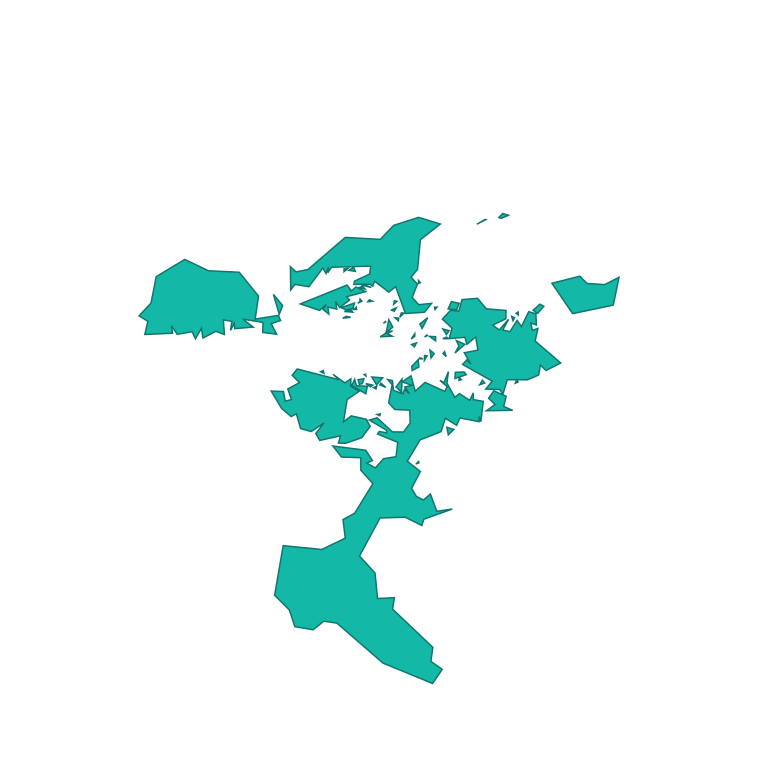 outline of Bocas del Toro, Bocas del Toro, Panama, rotated 313°
{"feature_id": "35544464B73365109430870", "entity_name": "Bocas del Toro", "entity_type": "district", "adm_level": 2, "iso_a3": "PAN", "parent_name": "Panama", "parent_adm1": "Bocas del Toro", "projection": "orthographic", "projection_center": [-82.201, 9.231], "detail": "fine", "context": "isolated", "style": "filled", "palette": "teal", "viewbox_px": 768, "rotation_deg": 313, "n_neighbors": 0, "source": "geoboundaries", "source_scale": "gbopen_adm2", "svg_char_len": 6220}
<svg xmlns="http://www.w3.org/2000/svg" viewBox="0 0 768 768"><g transform="rotate(313 384 384)"><path d="M305.1,425.9L303.6,443.8L269.5,450.7L256.9,446.5L244.8,460.8L220.5,451.3L197.0,420.5L154.9,448.1L154.2,468.9L145.7,484.4L156.0,499.8L169.5,501.7L177.0,512.7L179.2,573.7L198.1,623.8L215.0,621.2L213.1,607.5L224.7,599.3L225.2,543.8L234.8,537.3L222.7,525.6L239.6,506.4L241.5,483.4L283.3,472.5L301.0,490.3L306.3,508.1L312.4,505.4L339.1,519.2L326.9,509.4L335.2,493.0L326.0,491.9L323.9,484.3L326.5,475.3L344.8,470.3L343.4,453.7L367.7,448.5L388.0,458.2L400.8,452.3L403.3,465.3L410.9,462.7L421.3,479.2L425.1,475.9L422.5,480.5L439.0,468.4L433.5,460.0L438.4,455.4L430.5,457.8L428.4,445.7L422.5,445.0L427.6,429.4L437.0,422.7L426.0,426.9L424.8,422.4L425.1,431.9L420.1,433.7L413.2,413.0L400.1,411.7L408.4,398.2L397.9,395.8L402.0,405.2L396.0,401.3L394.2,409.3L394.1,402.7L389.7,404.6L385.8,395.3L392.3,387.8L389.8,383.7L389.0,390.5L373.4,400.2L372.7,409.3L382.4,420.7L373.3,429.8L362.2,431.0L354.7,422.8L354.6,402.0L347.7,398.0L351.9,417.5L350.2,419.3L346.0,412.9L343.0,413.4L350.7,433.8L339.1,442.4L329.0,434.6L316.7,434.9L314.4,425.3L320.1,427.8L323.1,415.9L303.8,388.9L301.6,402.7L314.2,417.3L305.1,425.9ZM339.2,153.3L307.2,144.2L284.3,158.4L266.8,158.4L268.8,168.5L257.1,175.3L276.9,194.7L281.7,188.8L279.3,198.9L291.4,208.0L288.5,215.2L300.3,212.5L294.1,220.2L307.8,225.1L311.4,233.5L321.3,222.8L326.0,230.0L318.5,235.2L326.3,233.0L322.7,237.1L336.5,249.6L335.1,236.4L346.5,253.5L339.0,260.1L347.2,271.6L351.2,260.3L359.9,265.1L362.1,259.9L343.6,245.5L362.7,232.3L367.0,201.9L347.1,178.4L339.2,153.3ZM483.2,382.4L471.2,382.5L471.3,395.6L461.7,400.7L473.3,411.3L469.6,417.6L481.0,418.9L472.8,429.6L461.6,421.4L457.7,434.2L458.0,428.1L451.9,428.2L459.9,461.2L449.7,461.9L458.8,472.3L457.7,477.9L471.2,471.2L485.0,486.1L496.1,491.0L504.4,485.5L504.4,493.3L519.9,498.9L518.5,465.2L529.6,458.7L524.5,455.9L528.7,449.7L531.1,455.2L538.9,447.2L535.6,440.5L519.7,445.4L521.3,438.0L508.1,440.4L504.5,434.0L516.3,431.0L502.1,431.4L501.2,423.4L514.8,428.6L521.0,423.1L508.8,407.6L510.5,394.0L498.9,383.5L488.4,389.0L483.2,382.4ZM415.8,250.3L406.0,243.2L406.0,235.5L389.2,251.6L396.1,250.9L403.9,262.7L427.0,260.2L425.3,266.3L431.7,263.5L427.1,267.0L433.6,266.0L461.1,293.8L454.7,298.6L439.1,292.2L436.3,294.1L447.4,305.6L447.9,309.0L452.8,307.1L454.4,324.8L463.1,326.2L450.2,351.6L464.1,364.7L475.4,363.8L465.7,355.3L466.5,345.6L479.9,340.3L480.5,331.0L490.8,330.3L514.3,312.2L539.4,316.1L529.5,295.7L506.7,282.9L487.3,282.7L464.8,255.7L415.8,250.3ZM309.9,315.6L301.9,306.3L296.3,325.9L296.9,338.4L302.5,340.2L294.5,353.4L299.6,363.2L314.6,366.7L301.3,367.9L298.9,375.5L316.4,387.5L309.7,391.0L314.5,396.4L329.6,404.4L343.5,402.8L346.2,395.2L338.4,381.8L328.7,380.2L347.5,367.6L361.5,370.8L359.8,361.0L365.2,356.2L358.1,354.6L356.3,340.1L356.4,348.2L335.8,310.3L327.8,310.9L327.3,321.2L314.8,317.0L309.5,326.9L304.1,323.5L309.9,315.6ZM596.4,453.7L572.2,438.1L564.1,474.0L598.1,497.9L622.3,483.1L607.2,477.6L596.0,463.9L596.4,453.7ZM385.5,268.2L393.9,286.7L402.7,287.5L397.0,288.6L397.5,296.0L402.0,290.6L406.6,298.4L411.4,292.2L409.7,299.4L422.0,301.6L422.3,297.1L438.9,307.5L435.8,297.3L429.7,296.7L431.2,289.5L385.5,268.2ZM453.9,469.0L444.9,470.2L444.8,479.2L434.3,477.2L452.5,496.0L449.2,486.9L458.3,481.7L453.9,469.0ZM363.6,259.8L372.3,256.4L374.1,242.0L363.6,259.8ZM367.4,359.4L360.9,361.4L364.4,377.3L371.0,373.4L364.0,365.1L367.4,359.4ZM490.2,377.1L482.6,379.7L487.9,386.5L494.3,383.9L490.2,377.1ZM468.2,416.1L465.1,407.3L462.9,412.9L455.1,414.8L468.2,416.1ZM539.6,442.8L540.4,448.2L549.8,447.9L548.7,443.6L539.6,442.8ZM434.3,343.7L422.6,350.8L415.9,349.0L424.6,357.4L422.9,351.8L428.7,354.1L424.3,350.6L431.6,351.6L434.3,343.7ZM399.8,393.8L390.0,394.8L389.9,402.6L399.8,393.8ZM380.8,370.3L378.3,379.2L387.6,378.8L380.8,370.3ZM462.3,370.7L452.3,369.3L450.6,374.0L462.3,370.7ZM410.7,300.6L412.3,305.8L418.1,309.8L423.1,307.2L410.7,300.6ZM441.2,428.2L436.4,432.1L446.9,437.8L447.5,434.5L441.2,428.2ZM592.3,359.9L589.7,354.6L584.1,354.4L584.9,356.7L592.3,359.9ZM425.2,392.4L415.8,392.3L413.1,395.4L420.2,397.9L425.2,392.4ZM375.5,376.5L371.9,370.4L372.7,376.1L375.5,376.5ZM398.4,466.1L395.2,459.5L390.7,465.7L398.4,466.1ZM440.4,400.0L440.2,394.5L435.1,400.7L440.4,400.0ZM446.0,309.0L443.0,301.4L440.9,299.7L446.0,309.0ZM374.1,365.7L369.5,362.1L366.9,366.2L369.6,367.9L374.1,365.7ZM453.8,389.5L449.9,384.8L450.8,392.3L453.8,389.5ZM467.4,395.3L464.4,389.5L462.7,395.9L467.4,395.3ZM415.5,309.9L409.9,305.5L415.2,312.1L415.5,309.9ZM382.8,387.6L382.5,381.1L380.5,381.5L382.8,387.6ZM573.3,345.7L564.2,342.9L573.6,346.3L573.3,345.7ZM410.1,314.2L407.7,310.3L404.0,308.9L410.1,314.2ZM446.5,410.8L449.0,406.2L446.5,406.4L446.5,410.8ZM440.8,301.8L437.7,300.0L440.5,305.6L440.8,301.8ZM526.1,435.1L528.1,433.0L525.9,432.4L526.1,435.1ZM441.8,372.2L435.5,373.2L439.9,374.0L441.8,372.2ZM453.4,457.0L453.9,453.4L448.8,454.5L453.4,457.0ZM518.3,435.2L521.5,434.3L520.5,431.3L518.3,435.2ZM461.0,397.8L457.2,396.1L461.1,400.2L461.0,397.8ZM447.8,348.2L443.7,350.0L449.5,350.3L447.8,348.2ZM428.9,397.4L434.0,396.3L432.5,394.2L428.9,397.4ZM436.2,379.7L431.7,377.2L431.9,380.9L436.2,379.7ZM350.2,463.3L350.9,462.2L347.2,461.9L350.2,463.3ZM448.8,282.2L443.2,280.8L446.8,286.2L448.8,282.2ZM448.0,341.0L444.0,339.2L443.1,339.1L444.3,341.9L448.0,341.0ZM359.6,401.7L357.0,399.7L357.9,402.5L359.6,401.7ZM453.3,337.1L452.0,334.8L449.0,336.7L453.3,337.1ZM476.4,370.4L474.7,368.6L473.3,370.6L476.4,370.4ZM482.9,341.4L483.2,338.7L481.1,340.7L482.9,341.4ZM442.2,349.8L440.0,346.9L440.0,351.4L442.2,349.8ZM377.3,380.2L374.1,378.7L374.9,381.5L377.3,380.2ZM429.5,311.3L429.8,308.6L427.5,310.3L425.1,309.7L429.5,311.3ZM428.0,342.2L430.6,342.8L430.6,342.3L428.0,342.2ZM477.4,478.2L474.1,479.5L476.9,480.7L477.4,478.2ZM443.9,278.8L441.0,276.2L438.9,278.1L443.9,278.8ZM419.8,313.1L421.3,311.4L417.9,311.1L419.8,313.1ZM439.9,437.6L440.0,434.5L437.8,436.3L439.9,437.6ZM449.1,382.0L446.0,381.6L448.9,382.6L449.1,382.0ZM426.6,392.7L429.0,395.4L427.5,392.3L426.6,392.7ZM378.6,363.8L377.4,363.1L377.5,365.3L378.6,363.8ZM435.5,315.8L433.1,316.1L436.6,319.0L435.5,315.8ZM350.8,332.8L352.4,330.3L349.7,329.2L350.8,332.8Z" fill="#14b8a6" stroke="#0f766e" stroke-width="1.5"/></g></svg>